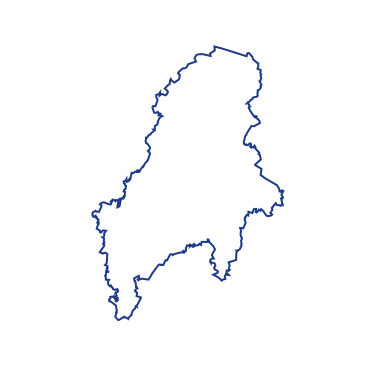 outline of Salfit, West Bank, Palestine, rotated 123°
{"feature_id": "87354302B3498749981476", "entity_name": "Salfit", "entity_type": "district", "adm_level": 2, "iso_a3": "PSE", "parent_name": "Palestine", "parent_adm1": "West Bank", "projection": "orthographic", "projection_center": [35.128, 32.112], "detail": "fine", "context": "isolated", "style": "outline", "palette": "blue", "viewbox_px": 384, "rotation_deg": 123, "n_neighbors": 0, "source": "geoboundaries", "source_scale": "gbopen_adm2", "svg_char_len": 6102}
<svg xmlns="http://www.w3.org/2000/svg" viewBox="0 0 384 384"><g transform="rotate(123 192 192)"><path d="M55.7,198.0L54.8,199.8L52.8,200.3L52.2,201.3L53.2,203.7L53.0,204.2L50.5,204.9L47.9,206.5L48.2,207.4L47.5,213.0L45.8,215.0L44.4,219.8L45.6,221.1L48.4,220.1L55.4,245.3L57.8,252.4L60.9,250.0L66.1,252.3L67.8,250.5L70.6,258.2L73.2,261.8L74.9,262.9L78.4,262.8L80.4,259.7L86.7,264.7L90.4,264.5L92.5,265.7L93.2,267.0L98.5,268.5L100.2,268.2L100.2,266.2L103.3,264.6L105.1,264.4L109.8,266.4L109.6,269.9L108.8,271.3L110.2,271.2L113.8,269.5L115.0,270.2L120.0,271.2L120.7,267.1L122.0,266.5L124.2,266.4L125.4,267.1L126.2,270.8L128.7,271.6L125.8,273.1L128.4,273.3L130.1,274.9L132.0,273.5L133.5,271.0L140.0,269.4L141.2,271.4L142.4,271.4L143.2,270.6L146.1,267.1L145.4,265.7L143.5,264.3L144.1,263.6L143.7,261.7L144.8,262.5L145.9,261.8L145.0,261.2L144.5,258.2L146.8,259.5L148.0,259.5L151.8,259.0L152.3,258.3L154.2,258.1L153.8,257.5L156.7,259.1L159.6,257.4L160.5,258.4L160.7,256.9L164.2,258.1L166.7,258.3L167.2,259.1L171.4,259.4L171.6,260.1L172.5,259.3L174.5,258.8L176.0,257.1L175.7,255.9L177.5,251.4L179.6,250.7L181.5,251.4L182.0,250.1L181.8,249.3L182.8,248.1L189.5,246.3L193.6,247.0L197.1,246.7L197.6,246.7L197.5,247.2L199.8,247.4L204.0,247.2L204.3,247.8L203.4,248.0L203.2,249.2L203.9,249.7L205.4,249.4L206.1,251.0L208.1,251.4L208.8,253.1L214.9,250.7L216.0,250.9L215.3,251.5L218.3,251.6L219.0,252.3L216.8,254.0L218.7,253.8L220.4,255.0L220.6,254.3L221.8,253.9L221.8,252.6L222.9,251.6L223.0,250.6L225.7,249.4L226.7,250.1L228.8,249.7L228.3,248.3L232.2,246.2L232.7,247.1L234.2,246.5L234.2,245.9L234.9,246.0L234.8,246.7L235.6,247.0L235.5,247.6L236.2,248.0L241.2,245.9L241.6,246.4L243.7,245.8L242.0,245.6L243.5,245.0L245.5,246.3L238.2,249.4L239.9,250.1L240.2,251.5L241.4,251.2L241.2,253.8L241.7,254.5L243.4,254.0L243.3,254.7L244.3,255.0L246.0,253.3L246.7,253.4L247.6,255.1L248.4,259.5L249.2,261.0L251.2,262.3L252.5,262.5L252.4,260.8L253.7,260.0L259.2,259.2L259.1,259.7L260.4,261.0L260.4,262.9L261.9,263.2L263.0,264.1L264.3,263.7L265.6,262.9L265.9,262.5L265.6,261.8L266.5,261.3L265.8,259.9L264.6,259.8L265.1,259.3L265.1,257.9L266.2,257.7L266.0,255.4L268.8,254.8L268.4,254.2L269.2,254.0L268.8,253.4L269.7,252.8L271.2,253.0L274.7,251.9L274.5,248.3L275.8,247.5L275.8,246.7L274.9,246.0L272.9,246.0L271.3,243.0L274.5,243.1L276.4,241.8L277.8,241.5L278.7,242.5L279.2,240.1L281.3,239.3L281.8,238.1L283.6,238.4L283.8,237.2L284.4,237.4L284.6,236.6L285.3,236.3L292.7,236.6L292.5,234.5L291.8,233.3L292.0,233.0L290.0,231.6L290.0,229.8L290.7,228.9L297.7,225.0L299.0,224.8L300.6,225.2L300.2,222.4L302.0,222.1L301.8,221.5L303.2,220.7L303.5,221.2L304.8,221.0L304.4,218.8L304.7,218.7L305.5,220.5L306.1,220.3L308.4,219.1L309.4,219.3L309.6,218.5L310.7,218.1L311.1,217.1L312.4,216.5L310.9,213.7L313.2,213.5L315.3,211.6L315.7,209.4L314.6,209.1L315.4,207.9L315.3,206.9L316.5,205.3L316.0,203.4L314.2,201.8L314.7,200.5L315.5,200.2L315.6,200.7L316.4,200.1L317.9,201.4L320.0,198.8L321.1,199.2L321.3,197.1L321.7,197.1L321.9,196.1L322.9,196.3L323.3,195.3L325.1,195.9L325.1,196.5L323.5,197.8L323.1,199.8L322.3,200.5L322.8,200.4L323.2,202.0L324.5,203.4L325.8,202.6L327.3,203.0L328.7,201.9L328.1,200.6L328.6,194.0L332.5,190.4L334.3,190.1L334.1,189.5L338.3,188.5L339.6,184.5L338.9,183.5L333.7,181.1L334.2,180.4L333.2,179.3L333.2,176.3L331.8,176.6L327.8,175.8L327.6,176.2L324.0,177.0L320.4,176.4L318.2,177.0L317.7,176.7L317.8,176.2L317.3,176.7L316.3,176.4L309.0,177.1L309.0,177.6L308.3,177.7L309.5,181.8L306.4,183.2L306.1,184.2L306.4,185.3L305.3,186.3L302.6,185.4L302.4,186.7L301.9,186.6L301.9,187.3L298.1,190.5L297.7,191.0L298.1,191.5L296.0,193.6L291.3,191.0L292.6,189.6L295.0,189.9L295.2,188.9L294.4,188.8L291.9,186.6L289.1,180.7L281.4,181.0L271.8,180.4L270.5,179.8L270.2,178.3L269.8,178.4L268.9,176.3L263.6,177.0L263.0,175.7L256.1,176.3L255.3,175.2L255.4,173.7L254.3,173.5L249.9,169.7L247.9,167.2L246.9,167.3L247.3,165.7L246.0,165.7L245.6,166.2L245.2,165.0L243.3,165.7L242.7,166.5L239.4,167.1L239.1,165.8L237.0,165.1L237.1,164.2L238.2,163.9L237.4,163.7L237.5,161.3L236.1,160.6L235.5,162.3L234.4,161.9L235.1,159.9L233.1,157.8L231.4,157.6L231.5,155.6L228.6,156.8L225.3,151.6L223.3,153.1L222.9,152.3L224.0,150.9L224.4,151.1L225.8,144.7L227.7,141.4L233.9,141.1L236.0,137.5L237.3,139.3L238.5,139.6L240.6,138.9L241.4,137.3L240.5,137.7L239.5,134.1L240.8,132.4L243.2,132.4L243.4,131.7L244.5,131.2L244.3,127.3L244.7,126.8L245.8,126.5L249.8,129.1L249.3,124.3L249.5,121.5L250.2,118.9L248.6,118.4L246.8,116.7L245.0,118.5L242.2,118.9L242.3,117.1L241.6,115.9L241.0,118.8L239.9,119.7L238.9,120.2L238.2,118.3L236.8,118.0L237.0,118.9L232.8,120.7L230.9,122.9L225.0,117.9L219.8,121.2L217.5,121.9L217.0,122.9L216.1,121.6L214.0,120.7L209.9,121.3L208.9,122.4L208.0,122.4L206.4,124.2L203.3,125.0L202.9,126.3L201.4,128.0L197.6,130.0L195.9,132.0L194.6,129.3L188.7,130.2L186.3,133.0L184.6,133.1L184.6,133.7L181.4,133.6L181.1,132.0L177.8,133.9L176.8,129.9L172.8,130.8L171.4,129.4L171.2,128.9L172.2,128.3L174.0,127.8L174.1,126.8L171.4,125.9L170.4,126.2L170.2,124.4L168.8,124.6L169.3,121.6L171.3,116.8L170.7,114.7L168.6,112.9L167.3,112.5L166.9,114.8L162.8,115.0L162.0,116.4L155.7,115.6L156.7,114.0L155.4,111.2L155.5,110.5L154.4,109.5L153.3,110.0L153.2,109.1L148.9,113.8L148.4,112.7L147.2,112.5L145.6,115.5L141.5,115.9L141.7,117.6L143.6,117.8L143.8,119.0L141.8,120.7L140.0,124.7L140.7,137.9L140.3,143.7L134.7,146.4L135.1,153.3L134.7,154.0L127.2,152.0L123.9,155.3L123.9,156.9L122.4,157.0L121.0,162.6L119.8,163.2L119.1,164.9L121.3,164.9L121.7,166.4L122.5,166.5L122.1,168.2L120.8,167.9L119.5,168.9L119.7,169.9L122.5,170.9L123.2,172.4L122.9,172.8L123.3,172.9L123.5,174.1L122.6,175.4L116.3,177.8L114.4,177.5L113.3,178.0L104.3,178.1L103.1,175.8L97.2,172.6L95.7,174.1L95.0,176.3L94.9,179.1L93.5,179.0L93.7,179.9L95.0,180.5L92.3,187.2L90.4,190.4L88.8,189.9L88.8,190.8L87.7,191.4L87.3,193.6L87.8,194.2L86.4,194.0L85.4,193.2L82.3,192.8L81.5,191.9L79.9,192.3L78.9,191.8L77.3,189.9L75.5,189.2L73.5,191.0L72.5,191.1L71.1,192.3L69.2,191.2L67.8,191.1L66.2,191.5L65.9,192.3L64.2,192.2L62.4,195.5L62.1,195.1L58.6,196.1L56.7,198.1L55.7,198.0Z" fill="none" stroke="#1e3a8a" stroke-width="2"/></g></svg>